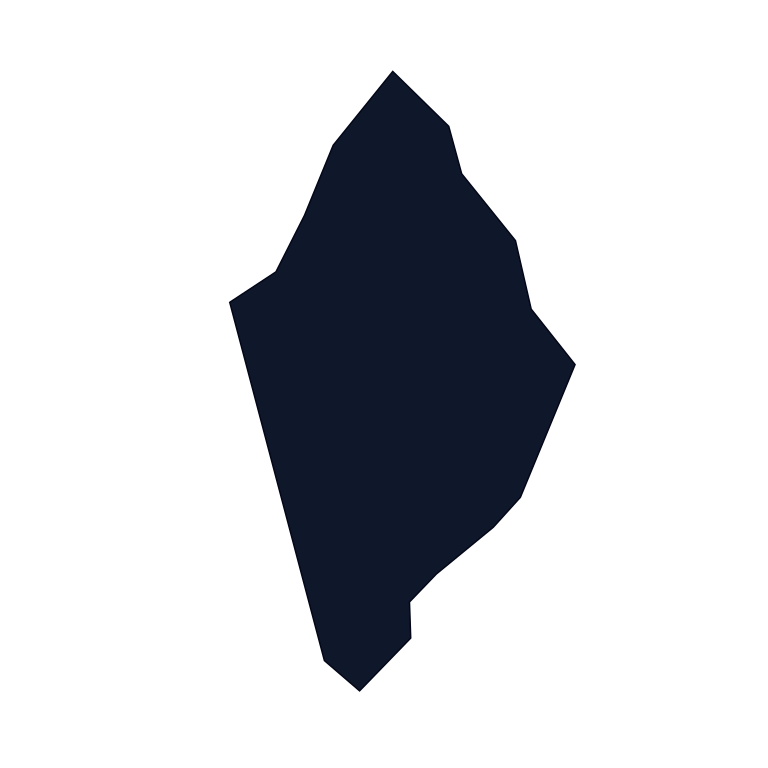 outline of Polzela, rotated 20°
{"feature_id": "SVN-244", "entity_name": "Polzela", "entity_type": "Municipality", "adm_level": 1, "iso_a3": "SVN", "parent_name": "Slovenia", "parent_adm1": "", "projection": "natural_earth1", "projection_center": [15.091, 46.303], "detail": "fine", "context": "isolated", "style": "filled", "palette": "ink", "viewbox_px": 768, "rotation_deg": 20, "n_neighbors": 0, "source": "natural_earth", "source_scale": "10m", "svg_char_len": 384}
<svg xmlns="http://www.w3.org/2000/svg" viewBox="0 0 768 768"><g transform="rotate(20 384 384)"><path d="M285.3,87.3L356.7,119.7L385.1,159.9L458.5,204.3L496.7,263.3L556.9,300.4L550.9,443.8L535.7,481.2L498.2,544.6L482.5,580.1L496.0,613.6L466.0,680.7L422.6,664.3L211.1,360.0L244.1,315.6L251.6,252.8L254.6,177.0L285.3,87.3Z" fill="#0f172a" stroke="#020617" stroke-width="1.5"/></g></svg>